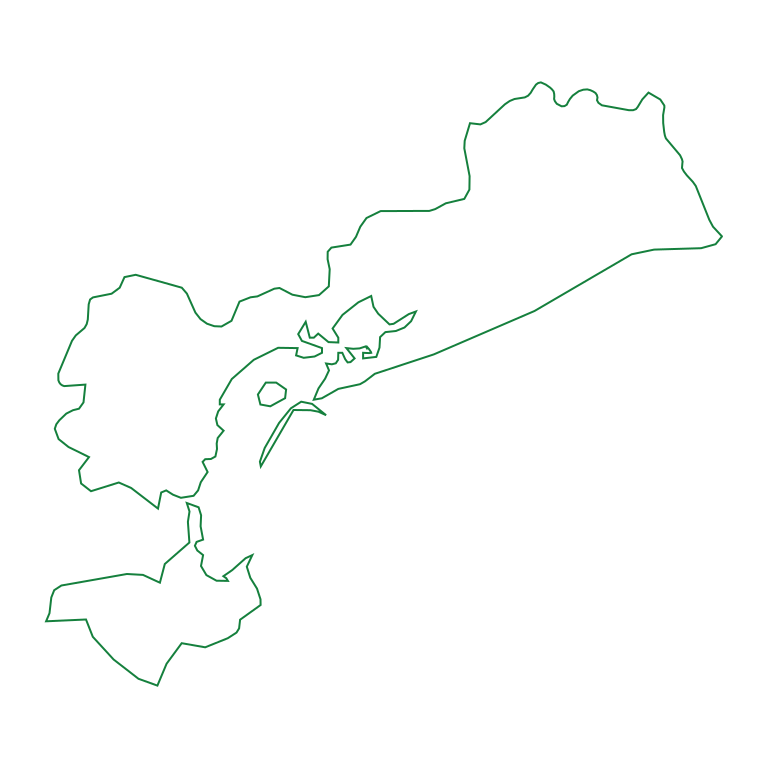 the border of Venezia
{"feature_id": "ITA-5461", "entity_name": "Venezia", "entity_type": "Province", "adm_level": 1, "iso_a3": "ITA", "parent_name": "Italy", "parent_adm1": "", "projection": "natural_earth1", "projection_center": [12.445, 45.457], "detail": "fine", "context": "isolated", "style": "outline", "palette": "green", "viewbox_px": 768, "rotation_deg": 0, "n_neighbors": 0, "source": "natural_earth", "source_scale": "10m", "svg_char_len": 3667}
<svg xmlns="http://www.w3.org/2000/svg" viewBox="0 0 768 768"><path d="M721.9,236.3L721.9,236.5L715.6,244.2L701.1,248.2L654.1,249.6L631.6,254.3L534.5,311.0L433.8,354.4L374.8,373.8L364.9,381.4L360.0,384.2L338.3,388.9L321.8,398.3L313.8,399.7L318.5,388.4L325.1,378.7L329.0,370.4L326.1,363.5L331.9,364.3L335.8,363.3L338.1,359.8L338.3,352.8L342.3,352.8L345.2,359.2L347.6,362.4L350.5,362.1L354.6,358.4L346.4,348.1L353.2,348.8L359.6,348.4L365.7,346.4L366.8,348.1L367.2,347.0L369.2,349.3L371.0,352.1L371.2,352.8L369.2,353.1L363.1,352.8L363.1,358.4L376.3,356.9L379.5,347.6L380.1,337.1L385.4,332.1L395.9,331.0L404.5,327.5L411.1,321.2L415.9,311.5L408.8,314.1L393.6,323.8L389.5,324.4L378.2,313.7L373.5,306.8L371.2,296.0L358.4,302.3L342.5,314.9L332.6,328.5L338.3,337.7L338.3,342.5L328.5,342.1L318.2,333.6L313.8,337.7L309.8,337.7L305.7,321.8L298.2,334.1L301.9,340.9L322.0,348.1L322.0,352.8L314.6,356.5L303.7,357.8L296.1,355.4L297.6,348.1L278.1,347.8L253.8,359.8L231.8,379.0L219.8,399.7L219.8,404.4L223.6,404.4L218.2,411.4L215.9,418.5L217.4,425.1L223.6,430.7L217.7,438.0L216.7,443.5L217.0,449.0L215.4,456.5L210.9,459.0L205.2,459.2L202.6,461.9L207.6,472.0L200.8,482.2L198.1,490.4L193.6,495.8L180.9,497.8L173.0,494.7L166.2,490.4L161.2,492.5L158.0,508.6L131.2,488.0L118.8,482.5L91.0,491.2L81.1,483.5L79.0,470.2L89.0,457.1L68.5,447.0L58.6,439.1L54.8,428.8L56.3,424.3L59.3,420.3L66.3,413.6L73.0,410.2L79.0,408.7L83.5,402.4L85.4,384.6L64.2,386.1L62.3,385.4L60.6,384.2L59.3,382.5L58.4,380.3L58.3,373.6L72.0,340.8L75.8,335.4L84.5,328.0L86.7,324.1L87.8,319.5L88.7,304.3L90.1,299.5L93.0,297.4L111.6,293.7L119.7,287.7L124.5,277.1L135.7,274.8L181.8,287.7L186.9,293.6L195.4,312.6L200.5,319.1L207.0,323.7L214.3,326.2L221.5,326.5L231.5,320.8L239.5,301.6L250.5,297.3L257.4,296.4L274.3,288.7L279.5,288.0L292.4,294.7L305.3,297.2L319.0,295.1L328.8,286.4L329.7,269.2L327.6,259.2L327.7,251.8L331.4,247.6L350.5,244.6L356.0,236.8L360.3,226.7L366.5,218.0L380.6,211.1L429.4,210.9L435.2,209.1L445.8,203.3L464.3,198.9L469.4,189.6L469.6,176.1L464.3,148.3L464.7,140.8L470.0,123.2L480.4,124.4L485.6,122.1L504.9,104.3L509.7,101.0L514.5,99.0L524.8,97.4L528.1,95.7L530.7,92.8L532.7,89.4L536.0,84.6L538.2,83.0L540.9,82.4L545.8,84.6L550.1,87.6L552.0,89.4L553.6,91.4L554.2,94.0L554.3,96.7L554.1,99.0L554.9,101.2L556.8,103.8L561.6,106.3L564.5,106.1L566.8,104.7L568.0,102.2L569.9,99.0L572.7,95.6L578.8,91.2L583.3,89.7L587.3,89.4L590.4,90.2L593.2,91.5L595.5,93.0L596.9,95.1L597.5,97.5L597.0,100.2L598.4,102.8L601.9,105.3L628.9,110.2L633.1,110.2L636.0,109.1L637.7,107.0L642.3,99.4L648.5,92.6L660.3,99.5L664.3,105.5L664.4,107.3L663.1,115.1L663.2,123.1L664.2,131.9L664.9,135.6L665.9,138.4L680.1,155.3L682.0,159.3L682.6,161.7L682.4,162.9L682.0,168.0L683.9,171.5L686.8,175.3L692.8,181.8L695.8,186.0L709.3,219.8L713.0,226.7L721.9,236.3ZM187.9,521.9L189.5,511.5L186.8,503.0L198.6,507.3L201.1,515.3L200.6,526.3L203.1,539.6L196.6,541.9L194.9,545.8L197.3,550.5L203.1,555.1L201.0,566.0L206.4,575.1L216.5,580.7L227.9,580.9L226.2,578.1L225.6,577.8L223.4,576.2L232.2,570.1L245.6,558.2L252.3,555.1L246.8,566.7L250.3,577.8L257.0,588.6L260.5,599.3L260.6,605.0L240.1,619.7L239.1,628.4L236.5,632.6L227.8,638.2L205.2,647.3L181.7,643.2L166.6,663.7L157.4,685.6L138.5,678.8L113.6,659.5L92.8,636.8L86.0,619.5L46.1,621.3L49.5,613.2L51.3,597.5L54.2,590.2L61.4,585.5L126.9,574.0L143.0,574.9L159.9,582.7L164.8,564.0L189.4,542.5L187.9,521.9ZM279.1,422.9L290.9,408.3L301.2,401.7L312.1,403.9L326.1,415.2L318.5,411.7L310.5,410.2L293.5,410.0L260.8,466.4L259.9,461.7L264.7,448.0L279.1,422.9ZM265.8,382.6L276.2,382.6L286.1,389.5L285.1,398.2L279.2,401.4L270.3,406.3L260.4,404.5L257.9,394.5L265.8,382.6Z" fill="none" stroke="#15803d" stroke-width="2"/></svg>